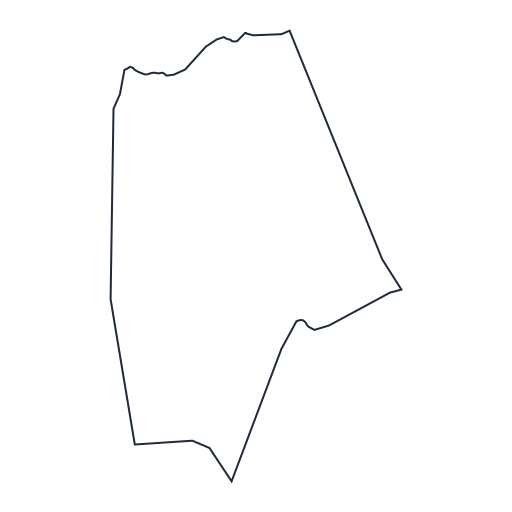 an SVG outline of Saint Andrew
{"feature_id": "BRB-1990", "entity_name": "Saint Andrew", "entity_type": "Parish", "adm_level": 1, "iso_a3": "BRB", "parent_name": "Barbados", "parent_adm1": "", "projection": "natural_earth1", "projection_center": [-59.584, 13.25], "detail": "fine", "context": "isolated", "style": "outline", "palette": "slate", "viewbox_px": 512, "rotation_deg": 0, "n_neighbors": 0, "source": "natural_earth", "source_scale": "10m", "svg_char_len": 796}
<svg xmlns="http://www.w3.org/2000/svg" viewBox="0 0 512 512"><path d="M289.6,30.7L382.2,259.3L401.4,289.6L390.0,292.6L329.0,325.5L314.4,329.9L308.5,326.7L307.1,325.2L305.5,322.3L304.2,321.2L303.0,320.3L301.2,320.0L299.2,320.3L296.5,321.2L281.4,348.9L231.6,481.3L209.5,448.0L192.3,440.7L134.8,444.5L110.6,299.3L113.5,108.8L119.9,94.3L124.5,69.8L127.3,68.6L129.0,67.4L130.3,66.8L131.6,67.4L133.1,68.0L134.6,69.8L137.6,71.5L140.9,73.0L144.9,74.4L147.3,74.4L149.8,73.5L151.8,73.0L154.0,72.7L157.8,73.3L159.1,73.3L160.8,73.0L162.0,72.7L163.8,73.3L166.5,75.6L173.7,74.7L185.2,69.5L205.8,46.7L216.8,39.4L223.8,37.1L226.1,38.5L228.6,39.4L230.4,39.7L232.0,41.2L234.2,41.5L237.1,41.2L245.1,33.0L246.1,33.0L246.6,33.6L253.3,35.3L281.4,34.2L289.6,30.7Z" fill="none" stroke="#1e293b" stroke-width="2"/></svg>